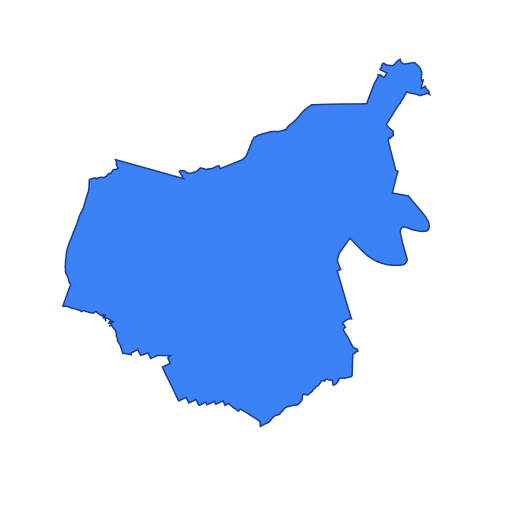 the district of Altepexi, Puebla, Mexico, rotated 80°
{"feature_id": "50627088B76973650104721", "entity_name": "Altepexi", "entity_type": "district", "adm_level": 2, "iso_a3": "MEX", "parent_name": "Mexico", "parent_adm1": "Puebla", "projection": "mercator", "projection_center": [-97.299, 18.358], "detail": "fine", "context": "isolated", "style": "filled", "palette": "blue", "viewbox_px": 512, "rotation_deg": 80, "n_neighbors": 0, "source": "geoboundaries", "source_scale": "gbopen_adm2", "svg_char_len": 6055}
<svg xmlns="http://www.w3.org/2000/svg" viewBox="0 0 512 512"><g transform="rotate(80 256 256)"><path d="M151.8,406.8L155.4,407.7L160.5,408.8L163.3,409.9L167.0,411.9L170.5,413.7L179.2,417.9L182.1,420.1L183.0,421.0L186.4,423.2L189.4,424.7L190.0,425.2L192.4,426.3L198.3,430.1L199.7,430.8L200.9,431.9L202.3,432.4L204.3,433.7L211.5,438.1L218.6,441.7L221.0,442.4L224.0,443.2L227.2,444.3L232.4,445.4L233.6,445.8L235.4,445.8L237.1,446.3L239.3,446.4L240.4,446.2L241.1,445.9L243.3,445.1L244.9,444.8L246.4,444.7L247.0,444.6L249.5,444.6L250.0,444.5L250.4,444.0L251.0,443.6L251.6,443.5L253.4,444.3L254.7,445.2L271.9,455.0L272.0,454.0L273.1,450.1L275.3,446.7L276.5,443.6L277.3,442.2L278.5,440.2L278.5,439.2L280.5,437.6L280.2,436.7L279.8,434.9L280.5,434.2L281.5,432.2L281.8,431.2L282.6,430.3L284.0,426.0L283.8,425.0L282.7,424.0L283.0,423.1L286.3,420.4L288.3,417.7L288.2,417.6L287.1,417.2L287.6,416.5L289.5,417.1L290.3,416.8L287.7,415.8L287.9,414.9L290.3,415.6L291.4,415.5L291.9,415.5L292.1,415.4L293.6,415.3L293.6,415.2L291.8,415.2L290.4,415.3L291.6,413.3L296.1,407.6L296.4,409.0L295.2,411.6L296.7,412.7L297.0,410.3L298.7,410.2L299.1,412.2L299.3,412.2L299.3,410.4L303.3,408.3L304.5,407.5L305.9,407.2L308.6,407.0L310.5,407.4L313.6,406.7L315.3,407.2L320.0,405.3L328.9,404.1L328.8,403.2L331.6,396.0L329.9,396.0L327.8,388.7L333.9,386.8L332.8,379.0L338.7,377.5L337.1,370.9L336.7,370.8L339.3,357.5L341.0,360.6L346.8,359.0L349.1,367.4L355.3,365.9L370.3,361.4L379.5,359.0L385.3,357.2L383.1,349.3L389.1,347.7L387.0,340.0L392.8,338.4L393.0,338.1L393.2,337.4L391.1,331.0L394.1,330.2L392.0,322.2L395.1,321.4L393.0,313.6L397.9,312.3L396.4,308.9L402.3,303.8L402.9,302.9L405.8,300.3L404.2,298.5L404.4,297.5L410.1,290.8L411.6,289.4L417.6,282.9L420.1,280.6L423.8,281.4L424.7,281.1L424.3,280.2L422.9,276.0L422.1,272.6L420.4,270.3L417.5,266.9L416.5,264.6L416.2,260.9L415.5,259.9L413.5,257.3L413.3,256.8L412.4,255.8L411.3,255.0L411.0,254.2L410.5,253.4L410.1,251.8L409.5,244.7L409.5,243.7L409.9,242.1L409.8,241.2L409.5,240.4L409.1,239.6L408.3,238.4L407.3,237.2L405.7,235.7L404.9,235.3L402.6,234.9L401.8,234.6L401.0,234.0L400.7,233.6L400.6,233.0L400.6,232.4L401.8,229.7L401.8,229.3L401.4,228.3L400.0,226.0L399.7,225.2L399.1,224.2L397.6,222.8L397.3,222.2L396.5,221.2L396.2,220.7L395.4,220.0L394.9,219.0L394.9,218.4L394.2,217.0L391.9,214.5L391.4,214.1L390.8,213.8L390.4,213.4L390.2,212.8L390.5,211.2L390.7,210.8L391.2,210.0L390.9,209.8L390.1,209.5L389.5,208.9L389.2,208.3L389.4,207.7L390.0,206.7L390.6,205.9L391.1,204.7L391.3,203.9L391.4,202.8L391.6,202.4L392.1,202.2L394.1,202.5L395.7,202.6L396.5,202.4L396.7,202.2L396.6,201.5L396.2,200.5L396.0,199.6L394.9,198.2L394.0,197.6L393.2,196.5L392.8,196.1L392.1,196.1L391.6,195.8L391.0,195.2L390.9,194.6L391.0,193.9L391.6,190.9L391.8,190.3L391.6,188.4L391.6,187.5L391.5,186.3L391.4,183.6L391.3,182.8L390.9,182.5L390.0,182.0L389.4,181.8L388.7,181.7L371.9,178.3L371.5,178.0L369.3,177.5L369.2,176.5L368.7,175.2L368.2,174.9L367.8,174.3L367.6,172.2L365.3,172.4L364.0,175.0L362.7,176.1L360.5,177.0L357.6,178.0L355.1,178.6L351.2,179.9L349.1,180.9L344.9,182.5L343.5,182.8L342.3,181.4L341.9,180.4L340.4,180.8L339.5,181.1L338.0,182.3L337.1,182.4L334.5,177.5L334.2,176.5L334.1,174.9L334.1,173.5L334.5,172.9L319.0,174.8L284.7,178.6L284.0,174.8L282.6,175.3L274.7,176.8L267.9,173.7L255.1,160.7L255.3,160.1L269.1,150.7L275.2,146.1L280.6,140.2L282.7,137.3L284.7,133.9L286.8,129.4L288.2,125.7L288.8,123.4L289.7,118.6L290.1,114.8L290.2,112.0L289.3,110.3L288.6,109.8L287.8,108.7L286.5,107.8L285.1,107.7L268.7,109.4L259.5,109.8L256.9,109.7L255.2,108.9L253.8,108.2L253.3,107.1L253.0,105.0L254.2,102.6L257.5,96.9L259.1,92.9L260.7,88.4L261.0,84.4L260.9,83.0L259.8,81.4L257.0,80.1L252.3,80.2L246.6,82.3L240.4,85.7L223.0,95.8L223.1,96.0L218.6,108.1L217.7,110.8L201.5,103.6L197.2,101.5L195.9,103.5L171.3,105.3L165.1,105.8L162.6,104.1L163.0,103.9L163.4,103.5L161.9,101.5L161.5,100.3L161.2,100.0L158.9,99.5L157.0,99.2L152.8,102.7L152.0,103.1L150.6,104.5L149.3,104.5L149.0,104.6L148.2,104.0L140.1,96.6L137.2,94.2L134.9,91.9L131.3,88.8L130.7,87.2L129.5,87.0L126.5,84.2L126.5,83.9L123.6,81.7L120.5,78.9L121.6,77.3L122.3,75.9L124.0,71.6L123.7,71.2L125.0,69.4L125.1,68.6L126.2,67.6L126.5,67.1L126.3,64.8L125.5,58.8L127.1,57.0L124.9,57.3L123.7,57.1L122.1,58.4L120.8,59.2L118.7,59.9L118.2,59.9L118.2,60.2L118.9,61.5L119.7,64.2L117.5,63.5L114.4,61.9L111.6,60.7L111.6,60.9L111.9,61.2L112.1,62.5L110.4,62.6L105.5,61.2L103.1,60.9L100.5,61.5L98.8,62.1L97.7,62.7L93.3,66.0L92.9,67.6L92.8,75.9L92.1,77.8L90.3,79.4L87.3,79.9L88.2,82.1L89.3,84.1L90.8,85.4L92.3,88.5L90.4,94.9L89.7,95.1L89.3,95.8L88.6,96.3L88.3,97.7L89.0,98.4L90.8,99.4L92.0,99.6L92.7,100.6L94.0,101.5L98.6,95.1L102.4,98.9L100.6,100.8L99.2,101.9L99.5,102.3L99.3,103.9L98.8,104.2L100.3,104.5L101.7,105.4L106.1,109.2L117.5,116.1L125.2,120.6L124.6,125.2L120.9,147.2L118.4,163.3L117.4,170.5L116.7,175.0L120.1,181.9L121.6,184.3L125.1,188.6L126.4,190.0L128.5,192.7L130.1,195.1L133.2,200.8L134.1,202.0L135.2,203.3L137.0,204.9L136.6,205.9L137.3,210.1L137.2,211.9L137.1,213.6L136.6,215.9L136.2,218.5L136.1,221.1L136.7,223.9L136.6,225.8L136.9,228.8L137.6,233.6L138.2,234.6L138.8,237.3L140.0,238.0L141.8,239.8L142.9,240.2L151.9,245.8L156.2,248.6L158.4,252.2L158.8,252.7L163.8,276.2L161.0,276.6L160.9,276.8L160.6,277.7L160.6,278.4L161.4,281.1L161.9,282.8L162.2,283.9L162.2,285.2L162.0,288.1L162.2,289.8L160.0,294.2L160.0,295.1L159.5,295.6L160.6,297.0L161.8,299.0L162.1,299.5L162.6,300.4L162.7,301.0L162.6,302.2L163.1,305.2L163.0,306.8L162.2,309.5L160.2,311.1L159.8,311.6L159.6,312.3L159.0,313.6L159.0,314.1L158.8,315.6L159.5,316.9L166.6,314.1L167.3,313.9L160.3,328.4L159.3,330.2L155.9,337.5L136.7,377.6L138.6,377.1L141.3,377.6L142.5,377.6L144.0,376.9L145.4,376.6L145.9,376.9L145.9,377.4L146.4,377.7L146.4,379.1L146.1,380.7L146.3,381.7L147.6,383.0L148.9,384.0L149.3,384.6L149.1,386.0L150.0,387.8L150.7,388.5L151.4,389.5L151.9,390.8L152.1,391.7L152.2,393.0L151.8,394.0L151.5,394.9L151.6,396.6L151.8,398.4L152.3,399.9L151.3,400.1L151.2,402.5L151.3,403.9L151.4,405.0L151.8,406.8Z" fill="#3b82f6" stroke="#1e3a8a" stroke-width="1.5"/></g></svg>